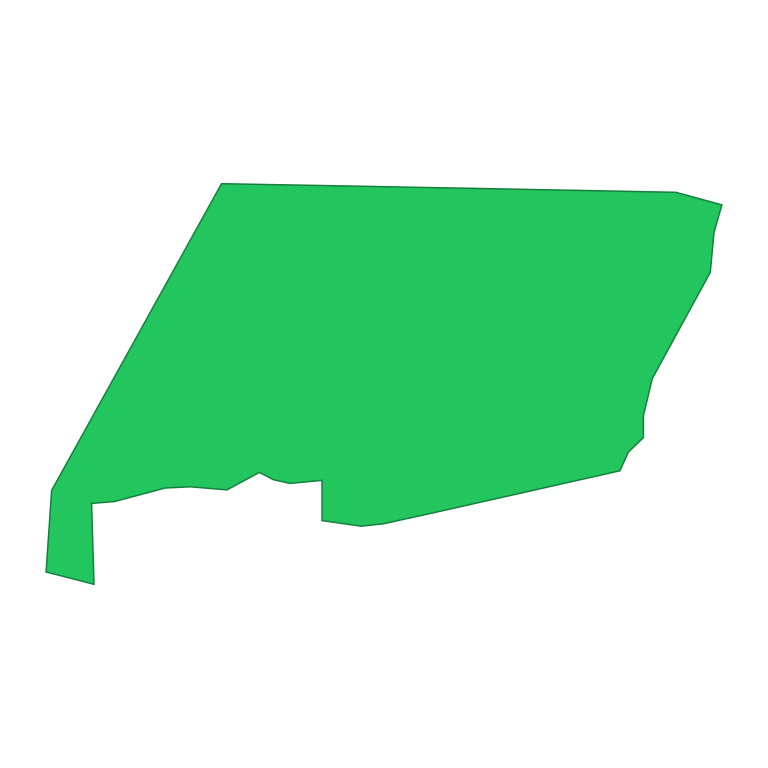 the district of Pilões, Rio Grande do Norte, Brazil
{"feature_id": "56859067B62972764518886", "entity_name": "Pilões", "entity_type": "district", "adm_level": 2, "iso_a3": "BRA", "parent_name": "Brazil", "parent_adm1": "Rio Grande do Norte", "projection": "mercator", "projection_center": [-38.028, -6.293], "detail": "fine", "context": "isolated", "style": "filled", "palette": "green", "viewbox_px": 768, "rotation_deg": 0, "n_neighbors": 0, "source": "geoboundaries", "source_scale": "gbopen_adm2", "svg_char_len": 476}
<svg xmlns="http://www.w3.org/2000/svg" viewBox="0 0 768 768"><path d="M721.9,204.9L675.8,192.3L358.9,186.2L221.5,183.7L51.6,490.5L46.1,572.0L94.0,584.3L91.6,503.4L114.2,501.6L165.2,488.0L190.3,486.8L227.0,489.9L259.3,472.4L273.4,479.7L289.9,483.4L322.0,480.4L322.0,520.6L361.1,526.2L384.0,523.7L443.6,510.5L581.7,479.4L619.9,470.8L628.4,452.1L643.4,437.6L643.4,415.8L652.3,378.6L710.3,272.3L714.0,232.6L721.9,204.9Z" fill="#22c55e" stroke="#15803d" stroke-width="1.5"/></svg>